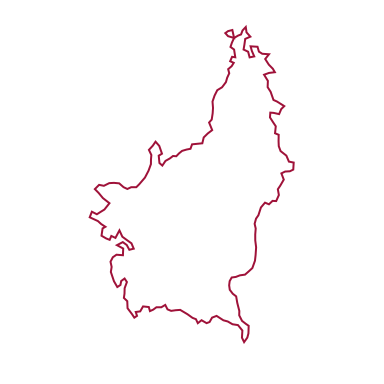 Nova Esperança do Sudoeste, Paraná, Brazil, rotated 352°
{"feature_id": "56859067B10738168470860", "entity_name": "Nova Esperança do Sudoeste", "entity_type": "district", "adm_level": 2, "iso_a3": "BRA", "parent_name": "Brazil", "parent_adm1": "Paraná", "projection": "equal_earth", "projection_center": [-53.258, -25.889], "detail": "fine", "context": "isolated", "style": "outline", "palette": "rose", "viewbox_px": 384, "rotation_deg": 352, "n_neighbors": 0, "source": "geoboundaries", "source_scale": "gbopen_adm2", "svg_char_len": 2833}
<svg xmlns="http://www.w3.org/2000/svg" viewBox="0 0 384 384"><g transform="rotate(352 192 192)"><path d="M104.8,275.7L108.2,274.1L109.5,270.3L113.2,268.3L115.0,272.1L111.9,277.9L111.0,283.3L109.8,287.4L112.7,291.1L112.0,298.1L115.6,304.6L117.4,308.4L120.3,307.0L119.6,303.0L124.1,303.0L127.6,298.5L133.2,299.9L133.8,304.1L137.2,303.1L140.7,301.2L145.5,301.9L149.8,300.1L151.4,304.8L154.8,306.8L159.4,306.8L163.9,307.1L170.5,312.4L175.0,316.7L178.2,318.5L179.5,322.7L183.6,320.3L188.2,323.9L191.3,323.2L194.4,319.2L199.1,318.1L205.2,323.4L209.4,325.2L213.7,328.6L219.0,330.2L222.6,336.2L221.2,343.2L222.7,347.9L226.5,343.9L228.2,339.9L229.5,332.4L226.9,330.0L223.6,326.6L221.6,320.7L222.3,316.4L221.4,308.1L221.2,301.5L218.2,298.4L215.8,294.1L215.8,289.6L216.9,285.5L219.4,282.2L223.6,282.2L227.8,281.2L233.0,281.2L237.0,278.6L241.2,275.7L244.8,268.8L246.2,263.3L247.8,255.7L247.9,248.8L248.7,242.9L250.0,237.0L249.6,232.2L251.7,227.3L254.5,224.3L258.1,216.9L262.8,212.7L266.5,214.9L270.5,212.0L274.1,212.7L277.6,207.1L277.4,201.2L280.2,198.1L284.6,192.5L283.1,186.0L287.1,184.7L291.8,185.1L295.4,183.9L296.8,177.0L292.2,175.4L290.5,169.1L285.4,163.8L284.3,158.7L284.8,153.7L285.8,147.4L282.4,145.4L284.1,138.6L281.9,134.0L279.6,129.0L280.6,124.3L283.8,125.0L289.1,127.0L291.9,122.3L295.3,119.8L288.7,114.2L285.5,112.2L283.8,103.7L281.5,98.7L282.6,92.5L279.7,85.9L284.8,84.8L290.7,84.9L289.2,81.2L285.8,76.6L283.0,70.5L287.4,66.3L280.8,64.9L277.8,62.3L277.1,57.3L270.3,55.9L270.9,60.6L272.5,66.4L267.8,66.7L267.1,60.9L262.9,58.1L264.4,53.4L266.0,47.8L271.4,46.3L268.2,41.5L268.2,36.1L264.5,39.1L262.5,42.8L259.5,43.5L255.1,45.3L252.3,49.7L250.3,53.7L253.5,56.8L253.6,64.6L250.5,63.7L248.0,67.8L251.3,69.9L248.8,72.9L244.9,75.4L245.4,79.6L242.7,83.8L240.9,87.9L236.3,92.5L231.2,94.7L227.8,99.6L224.9,105.3L224.5,111.7L223.4,117.0L221.6,123.0L218.6,125.6L220.6,133.5L215.8,136.2L211.2,139.6L209.0,145.2L198.7,144.8L196.5,149.0L192.6,149.2L187.9,149.9L184.6,151.9L181.4,154.4L178.2,153.7L174.7,155.7L170.1,157.5L166.3,161.7L163.8,158.8L164.1,151.4L167.6,149.9L166.0,141.8L162.9,137.1L159.6,140.7L155.2,144.3L156.9,149.7L155.9,154.1L155.2,158.7L151.9,164.9L147.4,171.2L140.8,177.0L137.5,179.5L132.4,178.8L128.4,180.0L124.9,177.7L121.1,173.3L116.0,172.1L111.3,171.7L105.6,173.6L101.0,172.0L96.2,175.6L99.4,179.9L102.9,185.6L108.7,191.6L102.8,197.2L98.9,198.9L94.7,200.8L90.1,197.6L87.2,202.8L94.8,207.7L97.6,211.1L101.4,214.4L98.4,215.6L96.3,222.7L100.6,226.1L103.8,227.9L106.0,224.3L109.8,226.8L114.8,219.9L116.8,226.6L121.0,230.7L124.9,234.4L126.4,240.0L121.9,240.5L120.0,235.4L116.5,232.0L110.3,234.2L116.0,238.4L114.8,245.0L108.5,243.6L104.5,245.6L101.6,249.7L102.0,255.0L100.5,259.9L102.3,269.5L104.8,275.7ZM255.1,45.3L254.5,37.2L250.1,37.7L247.1,39.3L249.4,42.7L255.1,45.3Z" fill="none" stroke="#9f1239" stroke-width="2"/></g></svg>